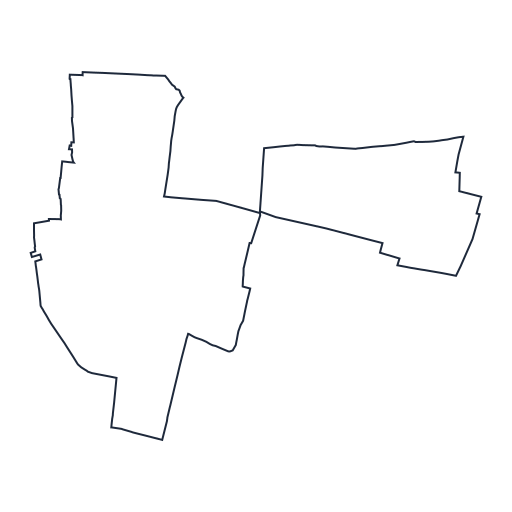 outline of Santa Lucía del Camino, Oaxaca, Mexico
{"feature_id": "50627088B1841246118365", "entity_name": "Santa Lucía del Camino", "entity_type": "district", "adm_level": 2, "iso_a3": "MEX", "parent_name": "Mexico", "parent_adm1": "Oaxaca", "projection": "albers", "projection_center": [-96.693, 17.063], "detail": "fine", "context": "isolated", "style": "outline", "palette": "slate", "viewbox_px": 512, "rotation_deg": 0, "n_neighbors": 0, "source": "geoboundaries", "source_scale": "gbopen_adm2", "svg_char_len": 4785}
<svg xmlns="http://www.w3.org/2000/svg" viewBox="0 0 512 512"><path d="M250.2,288.5L245.6,287.3L243.3,286.7L242.7,286.5L242.7,285.3L242.8,284.3L242.9,281.0L243.2,277.1L243.5,275.2L243.5,273.0L243.6,268.0L243.8,267.7L244.8,263.3L245.2,261.7L247.5,252.0L249.6,243.0L251.2,243.2L253.2,237.0L256.7,226.2L260.2,215.4L260.0,213.1L247.3,209.5L230.7,204.9L216.2,200.9L200.6,199.8L199.6,199.7L198.6,199.6L198.3,199.6L188.8,198.8L185.3,198.5L182.6,198.3L171.0,197.3L168.5,197.0L166.6,196.8L164.0,196.5L164.7,193.5L165.4,188.9L167.6,175.1L168.1,171.5L168.6,167.7L168.9,163.1L169.2,160.9L169.6,157.4L170.4,151.1L170.7,146.5L171.0,143.2L171.2,140.8L171.6,138.1L172.2,135.0L172.7,131.8L173.0,129.7L174.3,120.8L174.7,116.2L175.6,111.2L176.1,108.9L176.8,107.1L178.0,105.1L183.0,98.1L183.4,97.7L182.4,96.8L181.6,95.7L180.8,93.8L180.1,92.5L179.6,90.6L178.6,89.7L176.2,89.2L175.6,88.4L175.4,88.1L174.7,86.6L171.9,84.6L171.1,83.4L169.3,81.2L168.2,79.5L165.1,75.8L164.4,75.8L158.5,75.6L155.5,75.5L152.9,75.5L152.5,75.4L150.6,75.3L147.9,75.2L146.1,75.1L145.0,75.0L144.6,75.0L143.1,74.9L141.6,74.8L141.2,74.8L140.3,74.7L138.5,74.6L128.9,74.1L113.3,73.4L102.8,72.9L94.0,72.6L82.7,72.1L82.6,74.1L82.6,74.4L82.6,75.2L82.2,75.1L70.2,74.7L69.8,74.7L69.7,77.0L69.6,78.4L69.7,79.0L70.4,79.1L70.5,80.8L70.8,84.6L70.8,85.1L71.2,89.7L71.2,89.8L71.5,95.4L71.9,100.5L72.4,106.1L72.4,106.6L72.4,117.4L72.0,117.7L71.9,117.8L72.0,121.0L72.1,121.8L73.0,128.4L73.3,133.4L73.3,133.5L73.5,136.8L73.5,137.1L73.6,138.3L73.8,142.4L71.4,142.3L71.2,145.8L69.7,145.5L69.0,149.2L69.5,149.2L70.4,149.3L71.6,149.4L72.0,149.4L72.1,152.4L71.5,155.0L71.6,155.3L72.5,159.4L72.9,160.8L73.2,161.8L73.8,162.6L68.6,162.1L67.0,161.9L66.2,161.8L64.5,161.6L62.2,161.4L61.6,167.1L61.2,171.6L60.6,178.0L60.2,178.0L58.9,188.1L58.8,188.4L58.5,189.3L59.0,194.5L59.5,194.7L59.8,198.2L60.0,198.4L60.5,198.7L60.7,199.7L60.9,204.6L60.9,204.8L61.1,205.3L61.2,210.4L61.2,210.8L60.9,214.5L60.8,214.9L60.8,215.4L60.9,219.4L60.1,219.2L56.4,219.1L55.9,219.1L48.9,219.0L49.0,220.7L41.6,222.0L34.0,223.3L34.0,227.0L34.0,230.3L34.1,235.2L34.1,236.1L34.0,237.3L34.3,239.7L34.4,240.4L34.8,244.2L35.1,246.4L34.7,247.3L34.8,248.3L35.3,251.3L30.7,252.9L31.9,257.0L40.2,254.5L41.5,259.4L35.3,261.4L35.6,263.9L35.9,266.4L36.0,266.7L36.5,270.4L36.8,272.9L37.3,276.4L37.7,279.6L38.1,283.1L38.5,285.6L38.5,285.9L39.1,289.4L39.2,290.2L39.3,291.0L40.4,303.0L40.5,304.6L40.5,304.8L40.7,306.0L41.9,308.1L42.6,309.1L43.9,311.5L46.3,315.4L48.3,318.9L48.4,319.2L51.2,323.8L54.5,328.6L60.5,337.4L62.5,340.3L64.4,343.0L66.7,346.7L67.4,347.8L73.1,356.7L77.1,363.2L78.0,364.5L81.2,367.3L84.8,369.6L86.7,370.7L87.9,371.7L90.0,372.4L91.9,373.1L104.4,375.5L109.1,376.4L116.5,377.9L114.1,402.8L112.9,413.3L112.8,415.3L112.2,418.7L111.6,424.2L111.3,427.4L111.6,427.4L121.1,428.8L121.6,428.9L122.9,429.4L131.5,431.9L132.5,432.3L133.2,432.5L137.5,433.6L144.7,435.4L162.2,439.9L162.5,438.7L166.9,421.3L167.3,418.4L167.4,417.4L169.9,406.9L170.3,405.4L173.0,394.0L174.9,386.0L175.2,384.8L177.5,375.3L179.5,366.7L181.8,357.4L185.6,342.8L186.5,338.9L187.4,336.3L187.7,335.4L188.1,333.8L188.9,334.0L191.6,335.6L194.5,337.2L196.5,338.0L201.8,339.8L206.3,341.8L209.9,344.0L212.7,345.3L215.7,346.0L222.1,348.8L228.1,351.3L229.2,351.5L230.1,351.4L232.7,350.4L235.8,345.0L236.2,342.7L236.8,339.7L237.7,334.7L238.4,331.2L239.5,328.2L240.6,325.1L243.1,320.8L244.3,314.8L245.0,311.2L246.5,304.1L247.0,301.8L247.2,300.6L247.3,300.2L247.7,298.8L249.5,291.6L249.9,289.9L250.2,288.5ZM463.4,136.7L462.4,136.8L462.0,136.9L459.7,137.1L457.7,137.4L453.8,138.1L447.9,139.4L446.9,139.6L446.6,139.6L441.8,140.2L439.0,140.7L433.4,141.4L430.5,141.6L429.2,141.7L426.7,141.8L425.8,141.8L423.5,141.9L415.5,142.0L414.4,141.4L413.6,141.3L409.4,142.1L406.6,142.7L404.4,143.1L399.5,144.0L394.5,144.9L388.1,145.5L386.8,145.6L384.9,145.8L381.9,146.1L379.8,146.2L372.5,146.8L371.6,146.9L362.5,148.0L360.3,148.2L357.9,148.4L355.6,148.8L353.5,148.7L335.0,147.5L328.0,146.8L322.9,146.4L319.6,146.5L316.2,146.0L315.5,145.5L314.4,145.3L310.7,145.3L306.3,145.2L302.6,145.1L299.8,144.9L297.3,144.8L296.0,144.9L293.8,145.3L290.0,145.5L289.1,145.7L285.9,145.9L279.9,146.5L273.8,147.2L266.0,148.0L264.1,148.2L262.7,167.9L262.4,175.8L260.3,205.8L259.9,211.4L266.3,213.7L275.7,217.1L315.9,226.1L316.6,226.3L316.9,226.3L326.4,228.5L370.4,240.0L382.5,243.1L380.7,249.8L380.0,252.7L387.3,254.9L388.2,255.1L399.1,258.4L399.5,258.5L397.9,263.6L397.4,265.3L406.6,267.0L408.5,267.4L411.1,267.9L414.4,268.4L416.6,268.8L420.1,269.4L421.3,269.6L424.8,270.1L426.5,270.4L428.8,270.8L440.5,272.8L446.4,273.9L446.9,274.0L456.0,275.8L459.9,267.7L460.5,266.5L472.5,239.1L479.6,214.2L476.6,213.5L481.3,196.8L459.3,191.2L459.7,177.5L459.8,172.8L458.2,172.6L455.4,172.4L457.4,160.8L458.6,154.4L463.4,136.7Z" fill="none" stroke="#1e293b" stroke-width="2"/></svg>